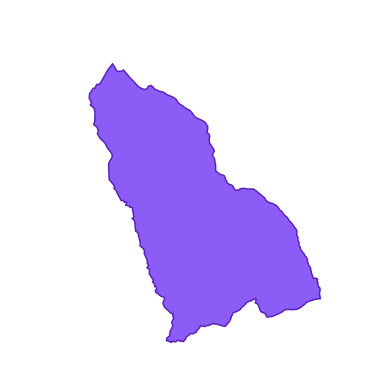 the district of Santo Domingo Xagacía, Oaxaca, Mexico, rotated 67°
{"feature_id": "50627088B84578791163006", "entity_name": "Santo Domingo Xagacía", "entity_type": "district", "adm_level": 2, "iso_a3": "MEX", "parent_name": "Mexico", "parent_adm1": "Oaxaca", "projection": "orthographic", "projection_center": [-96.28, 17.127], "detail": "fine", "context": "isolated", "style": "filled", "palette": "violet", "viewbox_px": 384, "rotation_deg": 67, "n_neighbors": 0, "source": "geoboundaries", "source_scale": "gbopen_adm2", "svg_char_len": 4137}
<svg xmlns="http://www.w3.org/2000/svg" viewBox="0 0 384 384"><g transform="rotate(67 192 192)"><path d="M317.4,113.8L316.2,113.9L314.1,113.7L312.8,113.7L311.5,113.1L310.2,113.3L308.9,112.7L308.0,112.5L307.2,112.7L305.5,113.1L301.2,112.9L300.0,112.3L298.2,112.1L296.7,112.1L295.6,112.7L294.6,113.1L292.9,113.0L291.1,113.5L289.2,113.9L287.9,114.5L286.6,114.4L284.8,113.8L283.7,114.4L282.0,114.1L280.1,113.1L278.4,113.4L276.9,113.0L275.8,112.5L274.7,112.1L273.7,112.4L272.7,112.2L271.7,112.1L269.2,110.8L267.5,110.6L265.3,111.2L263.0,111.7L260.9,112.1L259.6,112.4L257.2,113.4L255.2,114.0L252.8,114.2L250.2,115.6L247.6,116.4L245.0,116.9L242.8,118.3L240.6,118.6L238.4,119.1L236.7,120.1L233.6,122.7L232.2,124.9L228.8,127.2L226.0,127.4L221.3,129.8L216.6,132.2L213.3,134.2L212.1,136.9L211.0,139.6L209.1,142.5L207.9,145.5L208.3,148.2L207.7,150.3L206.7,151.7L204.7,152.0L202.1,152.2L200.7,153.2L199.1,155.1L197.5,156.2L195.7,155.9L193.0,156.1L190.0,155.8L188.8,156.5L187.6,158.3L186.0,159.7L183.6,161.1L181.6,161.9L176.9,159.9L174.9,159.5L170.3,158.3L167.2,158.8L165.9,158.7L163.5,156.0L162.6,155.3L159.6,155.6L153.8,156.7L150.2,155.6L147.5,153.8L144.5,153.9L143.6,155.0L140.3,153.1L137.7,151.9L135.6,152.3L133.6,152.5L131.4,153.7L128.8,155.8L125.9,158.7L123.3,160.2L119.3,161.0L116.1,162.0L113.6,164.2L111.2,165.9L109.2,166.9L108.6,167.2L107.9,167.8L106.3,169.0L103.4,170.0L100.6,170.4L98.1,171.7L95.0,174.6L93.0,176.8L90.3,178.2L88.5,179.9L86.1,183.1L84.5,184.4L82.5,186.3L80.4,186.7L77.9,188.0L77.6,190.9L79.5,193.4L79.0,195.7L76.9,198.0L75.4,199.4L73.0,200.5L62.6,204.4L52.9,207.4L53.5,208.8L51.7,213.8L43.0,215.0L46.6,221.5L55.9,233.7L56.5,235.4L56.0,237.0L55.8,237.5L57.0,239.2L58.5,240.7L57.9,242.5L59.6,244.8L61.5,247.9L65.8,250.1L67.9,249.5L71.4,250.2L72.3,251.6L76.2,249.5L80.7,250.1L88.7,253.7L91.6,256.2L95.1,254.0L99.6,254.5L101.3,256.3L106.9,255.6L112.6,253.0L118.0,252.7L125.1,250.9L127.7,251.2L130.4,253.8L130.9,255.1L133.3,257.7L148.2,263.4L154.6,261.4L157.4,261.4L158.2,262.4L160.9,261.3L163.4,261.3L172.2,260.5L173.1,258.3L175.1,258.2L175.8,256.1L178.3,258.2L180.2,255.4L181.8,255.1L182.9,253.0L192.3,255.3L193.1,257.4L196.4,256.1L205.9,259.2L208.1,257.7L218.7,259.5L221.4,260.9L224.3,259.2L227.4,258.6L230.0,260.0L237.7,259.9L239.7,261.0L242.6,260.6L244.0,263.0L246.9,261.5L250.6,263.3L256.6,262.3L257.8,261.4L259.3,263.5L262.1,262.6L264.4,263.2L265.4,262.0L267.8,262.5L268.2,264.1L269.9,264.6L276.2,261.0L277.8,259.0L279.4,258.8L282.8,262.2L287.0,262.4L295.1,258.9L296.6,257.1L298.4,258.1L301.7,258.3L302.4,260.0L304.1,261.6L308.0,262.0L311.6,266.5L315.7,268.8L316.6,272.3L318.7,273.5L322.4,269.6L321.6,269.0L322.2,267.4L323.2,266.6L323.5,265.1L322.8,263.1L324.4,261.5L324.9,260.4L326.3,258.3L325.4,256.6L325.3,255.8L323.2,254.1L322.4,250.2L321.6,249.1L322.9,246.4L322.8,244.2L322.6,242.7L321.5,242.1L321.2,240.7L319.9,238.2L319.5,238.0L318.8,236.3L320.3,233.2L320.9,232.8L320.7,231.1L321.3,228.6L321.4,225.9L321.1,224.5L322.7,222.2L323.0,221.2L325.2,218.6L328.3,214.7L328.4,213.8L328.5,213.4L327.5,211.5L326.2,208.8L324.6,206.6L322.5,204.8L319.2,201.3L319.5,197.5L319.1,194.5L318.9,193.2L317.5,191.1L316.9,188.5L314.9,184.4L315.2,179.1L314.8,175.0L315.6,175.0L316.2,175.2L318.8,177.0L321.0,175.2L328.0,175.5L329.3,175.2L330.5,173.9L333.2,171.9L334.8,172.1L336.1,171.9L336.8,171.0L337.0,169.3L337.9,167.1L337.9,158.3L337.6,157.1L337.6,155.5L336.6,152.8L337.4,150.3L339.1,146.3L339.9,144.6L340.1,143.7L341.0,141.6L340.9,140.2L340.7,137.0L340.1,135.1L339.2,131.4L338.5,130.3L338.3,129.8L338.3,128.3L338.4,126.7L338.5,124.8L338.8,123.1L338.6,121.9L339.1,119.9L339.4,118.8L340.3,115.5L339.3,115.4L338.6,115.3L338.0,114.8L337.3,114.8L336.3,114.7L335.9,114.9L335.3,114.2L334.8,113.9L334.5,113.8L334.1,113.8L333.7,113.6L333.4,113.3L333.1,112.9L332.3,112.3L332.1,112.3L331.5,112.2L331.0,112.0L330.5,111.8L330.2,111.9L328.7,112.3L328.6,112.7L328.1,112.8L327.5,112.6L326.8,112.3L325.5,112.2L325.1,111.7L324.5,111.5L323.5,111.7L323.3,111.5L321.9,111.2L321.8,110.7L321.5,110.5L321.1,110.5L320.7,110.9L319.7,111.9L319.3,112.5L319.2,113.3L318.7,114.2L317.9,114.0L317.4,113.8Z" fill="#8b5cf6" stroke="#5b21b6" stroke-width="1.5"/></g></svg>